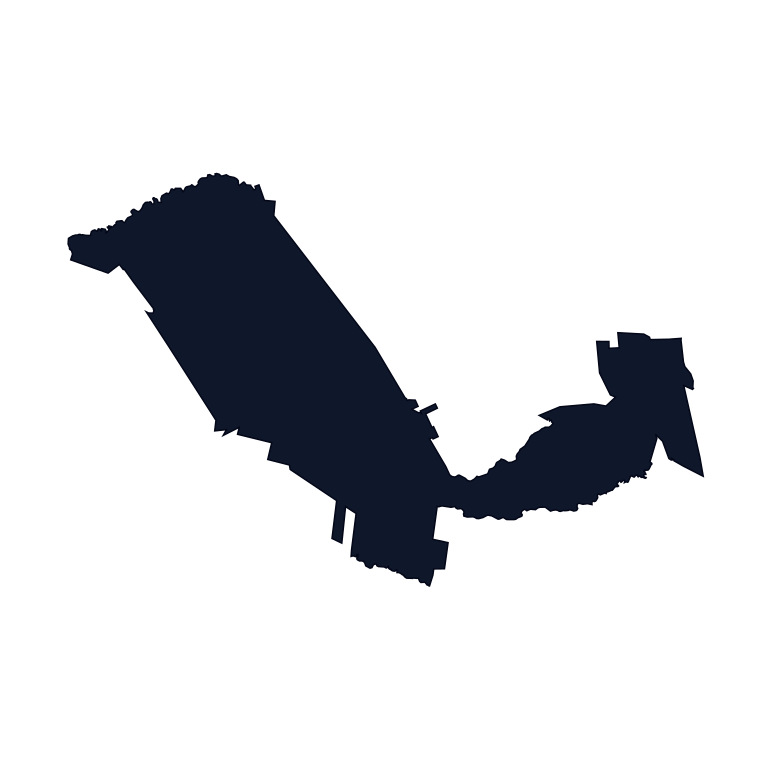 Güémez, Tamaulipas, Mexico (orthographic projection), rotated 184°
{"feature_id": "50627088B77034241213697", "entity_name": "Güémez", "entity_type": "district", "adm_level": 2, "iso_a3": "MEX", "parent_name": "Mexico", "parent_adm1": "Tamaulipas", "projection": "orthographic", "projection_center": [-99.141, 23.887], "detail": "fine", "context": "isolated", "style": "filled", "palette": "ink", "viewbox_px": 768, "rotation_deg": 184, "n_neighbors": 0, "source": "geoboundaries", "source_scale": "gbopen_adm2", "svg_char_len": 6139}
<svg xmlns="http://www.w3.org/2000/svg" viewBox="0 0 768 768"><g transform="rotate(184 384 384)"><path d="M75.8,400.1L75.0,401.3L75.7,401.8L75.8,408.6L78.7,415.4L85.1,422.3L86.8,426.8L90.8,448.6L90.7,450.3L103.1,448.5L121.1,446.9L121.8,447.4L122.4,449.2L128.3,451.9L154.3,451.5L151.9,436.5L162.0,435.3L162.6,442.1L174.8,441.3L169.7,410.0L157.4,388.9L152.1,387.1L161.0,377.5L173.2,378.8L207.0,373.5L227.0,363.5L218.5,359.5L218.2,359.5L218.0,361.3L216.8,361.3L216.2,358.8L215.6,359.4L214.6,359.5L214.2,357.9L212.5,356.5L214.8,353.6L216.4,352.4L220.3,352.1L221.7,351.1L223.2,350.5L225.8,347.9L230.5,345.3L232.1,343.7L233.2,343.2L234.8,340.8L235.2,339.1L239.2,331.9L243.6,328.3L244.4,326.0L246.2,323.5L247.0,321.2L246.4,318.2L246.8,317.2L251.0,314.9L254.5,314.3L258.6,316.5L261.9,317.3L262.7,315.9L266.0,313.6L266.5,312.8L267.3,310.0L268.3,308.7L269.6,307.6L272.8,306.3L274.0,302.3L274.6,301.4L282.4,298.1L283.5,298.0L284.8,298.4L287.1,295.6L290.4,293.3L292.6,293.2L294.2,293.7L296.2,295.5L302.5,298.3L303.6,298.2L305.7,296.6L307.1,296.1L310.0,296.5L312.2,298.0L316.6,306.0L334.8,332.5L331.9,333.9L331.2,332.6L326.3,335.3L331.6,344.9L333.1,343.9L340.4,357.1L329.1,363.6L331.4,367.7L345.9,359.6L344.7,357.3L345.8,357.9L347.8,357.8L354.5,360.8L348.4,364.1L351.7,370.1L358.3,369.9L359.7,369.2L360.5,370.8L362.1,371.8L395.5,420.0L505.7,544.2L505.4,558.6L516.1,558.8L522.6,573.9L526.5,572.2L525.5,569.8L527.2,568.5L530.8,572.5L530.9,573.0L535.4,573.0L537.4,575.5L538.3,575.6L542.1,572.0L543.0,572.9L543.7,576.8L545.3,578.4L547.9,579.6L552.8,580.2L555.9,581.7L560.2,580.1L561.0,580.2L563.2,581.8L565.7,582.3L567.2,581.8L566.7,580.1L568.1,579.5L569.9,579.5L572.4,580.7L574.3,580.3L574.7,577.9L575.4,577.3L579.9,576.8L581.5,575.8L582.9,573.8L583.5,572.4L583.0,570.8L585.2,568.0L587.7,567.7L588.6,568.8L589.7,569.3L590.8,568.1L594.5,567.0L595.7,566.1L597.5,561.9L597.8,561.8L600.5,565.0L605.8,564.6L606.7,562.8L608.9,563.8L609.8,563.6L611.1,560.0L612.1,558.8L614.4,559.2L618.6,556.3L619.5,553.3L618.8,549.6L622.0,549.5L622.8,551.7L623.8,552.8L624.8,552.7L626.5,553.8L627.0,553.7L627.5,553.1L627.5,552.4L626.2,550.4L626.0,548.5L626.3,547.5L627.9,547.2L628.9,548.9L629.9,549.5L631.7,548.7L632.6,548.9L634.7,548.4L636.6,546.0L637.5,543.1L638.6,541.0L640.1,539.1L642.2,539.0L645.6,540.8L646.5,540.6L648.0,539.2L648.4,538.3L648.2,537.6L646.6,536.0L647.1,534.1L651.1,532.0L652.5,530.0L653.9,526.9L655.1,527.1L656.4,528.4L657.1,528.6L661.7,527.7L662.6,526.4L662.4,525.4L662.8,524.4L663.7,524.0L665.7,521.7L667.5,521.0L667.2,522.1L669.5,522.5L669.6,521.6L670.9,521.3L670.9,520.9L670.5,520.4L668.5,519.8L669.2,519.1L670.3,516.8L671.8,515.5L671.8,517.1L672.9,518.9L676.6,519.3L677.3,518.4L676.5,517.5L676.9,517.0L678.1,518.4L679.5,518.9L680.0,518.6L680.4,516.8L681.3,516.2L681.7,516.2L682.0,517.1L683.3,517.5L685.3,516.7L686.2,515.9L686.6,515.5L687.2,511.7L691.6,511.5L695.5,511.9L696.3,511.5L697.3,512.0L698.7,512.0L699.5,511.4L702.3,511.0L705.0,510.0L708.9,507.3L708.9,501.6L707.1,497.9L707.2,496.9L706.6,496.2L705.1,495.4L703.8,492.0L705.2,486.0L667.0,475.4L656.4,484.8L652.1,480.0L651.2,480.5L640.6,467.7L619.0,442.9L619.2,442.2L618.6,441.7L619.1,439.1L619.5,438.6L623.8,438.4L626.2,439.4L601.4,406.5L553.4,341.9L549.8,337.0L549.1,336.6L549.6,325.4L538.0,327.5L540.8,321.5L525.4,330.7L526.6,323.6L491.9,317.6L494.7,300.6L472.7,296.6L471.6,292.2L423.1,264.4L425.1,226.3L415.0,222.3L413.8,259.0L402.8,252.9L404.8,216.5L404.8,209.7L402.8,210.4L399.9,209.7L399.6,209.8L399.2,212.0L398.1,212.0L397.8,210.4L398.9,208.4L398.8,207.5L398.3,206.8L396.2,205.8L393.9,206.0L392.0,205.6L390.6,203.9L389.5,201.3L385.1,199.3L383.2,200.0L382.1,202.7L380.5,203.8L379.2,203.7L378.2,202.0L376.7,201.5L370.8,201.5L369.6,200.8L368.5,200.7L367.0,202.3L366.3,200.3L365.2,199.6L363.9,199.5L363.9,198.9L362.5,198.2L360.6,198.0L358.6,198.7L358.7,199.4L357.8,199.0L357.9,196.8L355.8,196.9L352.4,195.3L352.5,195.1L350.4,194.2L350.5,193.6L349.2,192.6L347.8,191.9L342.0,192.1L342.0,192.5L337.7,192.4L336.5,192.8L336.0,192.4L334.7,189.7L333.4,188.6L329.4,189.1L328.8,188.9L328.8,188.5L327.5,187.1L327.1,187.3L326.4,186.7L326.5,186.4L325.3,186.5L325.0,186.3L325.1,185.8L324.5,185.7L321.9,196.7L321.5,203.0L310.8,203.9L309.0,230.2L324.6,232.5L322.4,265.6L320.8,265.3L318.6,266.2L317.2,266.4L308.5,265.7L304.7,266.7L303.5,265.3L301.9,264.5L298.5,265.1L297.1,264.4L295.6,262.8L295.2,261.8L295.6,259.9L295.1,257.8L291.7,257.1L286.0,257.7L284.5,257.4L282.2,256.3L280.1,256.3L275.9,257.7L272.1,260.1L271.0,260.4L267.3,260.0L260.8,257.1L259.3,257.4L256.7,258.9L255.4,259.1L252.5,257.4L250.8,257.4L244.7,257.8L242.9,258.4L241.2,259.9L237.9,261.4L237.1,262.1L237.0,263.1L237.3,263.8L238.2,264.2L238.0,265.8L237.6,266.8L235.5,268.6L234.5,268.7L232.7,267.5L229.3,269.3L224.1,269.2L221.8,271.2L219.9,271.9L214.6,272.4L209.0,268.8L206.6,269.8L204.2,270.3L202.1,270.2L200.6,269.4L199.3,269.2L195.9,270.4L194.9,270.2L191.5,270.7L190.3,271.3L189.2,271.4L185.8,270.5L183.6,271.1L182.8,271.7L182.3,272.8L182.1,273.6L182.8,274.4L182.9,276.6L182.7,277.6L181.8,278.4L180.7,278.6L177.3,277.9L172.6,278.8L168.1,278.2L168.4,280.1L168.2,280.8L167.2,281.8L166.2,281.4L164.8,281.9L164.1,282.9L162.9,285.4L163.3,288.1L163.1,288.8L162.1,289.2L160.5,288.5L155.9,290.8L154.8,290.2L153.9,292.3L152.9,292.2L149.6,293.9L148.8,294.0L146.9,296.8L145.9,297.8L143.6,298.0L142.9,298.6L143.1,299.1L144.8,300.3L144.8,301.0L143.9,301.7L143.2,303.1L142.1,303.9L141.3,303.5L140.8,302.5L140.5,302.6L138.6,304.5L137.6,304.7L137.0,303.9L137.3,302.4L135.7,303.3L134.3,303.0L133.6,303.4L131.8,308.8L131.2,309.4L130.4,309.5L128.2,308.6L127.7,308.7L127.1,309.7L125.9,310.8L125.4,310.8L124.0,309.1L123.6,309.2L123.0,310.1L122.4,310.1L120.9,308.8L119.3,309.0L117.1,308.2L116.3,308.3L116.0,309.0L117.7,309.3L118.5,310.7L118.3,311.6L117.9,311.9L116.5,312.1L116.9,313.2L118.7,315.2L118.6,315.7L118.1,316.2L117.3,315.8L116.7,316.3L114.7,316.5L113.6,317.8L112.0,321.9L111.2,322.8L111.3,323.5L112.6,324.4L113.3,325.3L112.9,326.3L108.0,348.7L109.8,352.9L102.1,346.3L94.6,329.5L92.2,328.2L90.8,328.4L91.3,329.6L89.2,328.5L89.3,327.6L79.3,322.8L59.1,314.2L63.8,333.0L84.9,403.4L75.8,400.1Z" fill="#0f172a" stroke="#020617" stroke-width="1.5"/></g></svg>